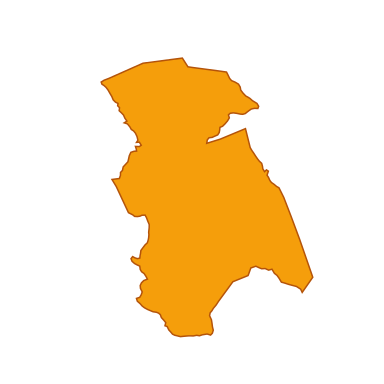 outline of Caririaçu, Ceará, Brazil, rotated 63°
{"feature_id": "56859067B58793941772217", "entity_name": "Caririaçu", "entity_type": "district", "adm_level": 2, "iso_a3": "BRA", "parent_name": "Brazil", "parent_adm1": "Ceará", "projection": "mercator", "projection_center": [-39.269, -7.028], "detail": "fine", "context": "isolated", "style": "filled", "palette": "amber", "viewbox_px": 384, "rotation_deg": 63, "n_neighbors": 0, "source": "geoboundaries", "source_scale": "gbopen_adm2", "svg_char_len": 2778}
<svg xmlns="http://www.w3.org/2000/svg" viewBox="0 0 384 384"><g transform="rotate(63 192 192)"><path d="M331.5,139.4L322.8,123.1L299.7,119.9L283.1,117.6L258.8,114.8L238.5,112.7L227.7,112.6L225.5,114.1L222.4,115.4L219.6,116.9L217.0,117.4L213.8,117.2L211.1,117.5L208.1,114.5L206.1,115.6L206.8,118.1L203.6,118.4L201.0,117.5L198.1,116.9L195.1,118.0L192.7,118.5L189.2,119.0L185.2,119.4L182.3,119.8L178.9,120.0L159.8,115.6L157.7,142.9L155.3,156.8L152.5,154.7L151.4,152.2L152.5,149.2L152.6,146.4L152.8,143.2L151.4,140.8L149.5,139.3L147.1,137.8L147.3,134.9L146.3,131.7L144.8,128.1L142.9,125.1L139.8,124.5L139.2,122.2L140.3,119.2L142.4,116.2L144.5,113.6L145.8,111.5L146.3,108.9L145.8,106.6L145.4,104.4L145.0,101.5L145.8,98.4L147.5,95.4L145.9,93.7L142.6,93.9L138.0,96.7L134.9,97.9L132.9,99.1L130.9,100.5L126.8,101.7L123.3,102.3L120.4,101.4L117.0,101.6L113.7,103.7L110.7,106.2L107.9,106.9L104.4,106.8L100.8,106.8L97.4,111.6L81.3,135.0L78.6,138.8L68.3,139.8L55.0,177.2L53.0,214.8L52.5,219.5L52.8,223.0L55.1,223.3L57.1,222.1L59.7,221.1L63.1,220.5L67.5,220.3L70.6,220.1L74.1,220.4L77.2,219.4L79.5,217.7L81.4,219.1L84.0,218.3L86.5,220.0L89.6,218.9L92.3,218.1L95.8,218.3L99.3,217.8L99.6,221.0L102.0,218.6L105.8,217.8L108.7,217.7L111.1,216.3L113.9,215.7L117.6,215.8L121.3,216.7L122.6,218.9L123.7,216.3L127.3,216.0L127.6,218.3L125.7,221.7L128.2,222.1L130.4,222.8L129.4,225.1L128.9,228.5L131.2,231.4L136.0,235.4L138.4,241.9L141.2,244.2L142.1,246.8L144.7,248.2L147.0,250.6L144.5,257.6L152.8,257.0L181.6,258.0L185.4,255.2L187.7,254.2L189.1,251.8L189.9,249.4L190.0,247.1L191.3,244.3L194.1,244.2L197.5,244.6L201.6,244.9L204.6,246.5L208.2,248.9L210.5,249.8L213.2,251.5L215.1,253.0L217.0,254.9L217.8,257.8L219.7,261.7L220.9,264.1L223.3,265.7L225.2,267.2L227.2,268.5L226.6,270.9L224.7,272.8L222.6,274.2L223.7,276.6L226.5,276.9L229.6,275.7L231.9,274.1L234.3,272.2L237.6,273.3L240.2,273.1L242.9,271.7L246.4,271.3L249.4,271.3L249.0,275.2L250.0,278.3L251.8,280.6L254.5,281.7L258.4,281.7L260.6,284.0L262.1,286.4L261.6,289.8L264.5,290.3L268.0,288.9L270.9,288.2L273.6,286.9L276.5,284.9L281.0,281.1L283.0,278.3L284.7,276.8L286.9,275.9L290.0,276.3L293.6,275.3L296.5,274.7L298.9,276.8L300.6,275.2L304.3,275.3L307.2,274.5L309.8,273.9L311.8,272.4L313.4,270.5L315.6,268.0L317.1,264.1L318.7,260.2L320.9,256.0L321.8,252.9L323.5,250.6L323.9,247.7L325.4,243.0L327.9,240.4L327.1,238.0L324.8,235.8L321.5,235.0L318.1,233.8L314.7,232.7L310.2,232.5L307.9,230.7L306.9,228.3L305.3,225.7L303.7,221.9L301.4,217.9L294.5,204.2L290.5,196.3L290.8,192.8L291.9,180.0L290.3,178.2L286.4,174.1L287.1,168.8L289.9,166.6L292.0,164.8L293.4,161.6L296.4,159.2L297.1,155.8L301.9,155.5L304.9,154.1L308.3,153.6L312.9,153.3L314.8,151.2L318.4,147.6L323.6,141.8L327.9,139.3L331.5,139.4Z" fill="#f59e0b" stroke="#b45309" stroke-width="1.5"/></g></svg>